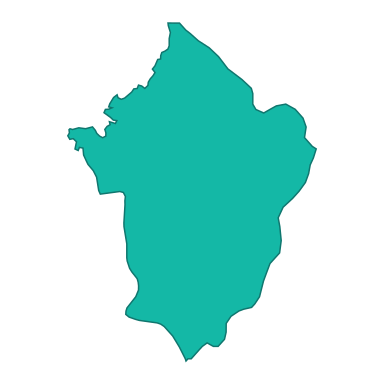 Yonsa, Hamgyŏng-bukto, North Korea (orthographic projection)
{"feature_id": "82179303B76324542059269", "entity_name": "Yonsa", "entity_type": "district", "adm_level": 2, "iso_a3": "PRK", "parent_name": "North Korea", "parent_adm1": "Hamgyŏng-bukto", "projection": "orthographic", "projection_center": [129.014, 41.829], "detail": "fine", "context": "isolated", "style": "filled", "palette": "teal", "viewbox_px": 384, "rotation_deg": 0, "n_neighbors": 0, "source": "geoboundaries", "source_scale": "gbopen_adm2", "svg_char_len": 1951}
<svg xmlns="http://www.w3.org/2000/svg" viewBox="0 0 384 384"><path d="M316.2,148.9L312.3,146.4L304.5,137.6L306.1,127.0L303.0,118.1L295.2,109.3L285.8,104.1L276.3,105.9L270.0,109.4L263.7,113.0L255.9,109.5L252.8,104.2L252.8,93.6L251.3,88.3L241.9,79.5L227.9,68.9L218.5,56.6L209.2,47.8L198.2,40.7L190.4,33.7L185.8,30.1L179.5,23.1L174.8,23.1L168.0,23.0L168.3,25.7L170.4,32.5L169.2,38.6L169.2,45.8L167.9,49.1L164.8,51.2L161.8,52.5L160.7,55.7L160.6,59.0L157.7,59.5L155.0,65.8L152.4,69.1L155.0,72.5L153.1,75.6L150.3,78.8L148.3,82.2L147.9,85.5L144.8,88.4L141.7,86.0L138.5,85.1L137.2,88.5L133.8,88.9L131.7,92.1L124.6,98.1L121.2,99.3L118.0,97.7L117.1,94.8L113.6,97.5L109.8,103.7L108.7,106.9L112.0,107.8L108.7,109.2L105.4,109.4L104.0,112.7L110.5,117.4L113.3,120.1L116.8,120.6L115.4,123.5L109.4,121.7L110.1,124.7L107.1,126.4L104.8,129.4L105.9,132.9L105.8,136.1L102.7,137.7L99.6,136.1L96.8,133.4L95.3,130.3L92.5,126.9L85.6,128.7L78.8,127.8L72.6,129.5L70.0,128.8L69.0,129.7L69.1,130.4L69.4,133.0L67.8,135.8L69.8,139.3L73.3,138.7L76.5,141.8L75.0,149.0L78.2,150.5L79.4,147.4L83.0,148.1L83.6,155.0L86.3,160.9L88.0,164.4L93.3,170.7L96.6,177.2L98.7,190.5L100.3,194.1L119.9,191.5L123.4,192.5L125.4,196.5L124.9,200.7L125.0,204.8L123.9,223.0L124.0,226.6L126.8,243.9L126.8,257.8L127.2,261.0L129.6,268.3L131.9,272.0L137.2,278.7L138.2,282.3L138.6,285.9L138.5,290.1L135.8,296.7L127.0,307.9L126.0,311.1L125.8,314.4L129.1,317.1L135.4,319.3L139.3,320.4L157.2,322.9L160.7,324.1L164.2,326.5L172.7,336.0L179.3,346.9L185.3,358.8L186.0,361.0L188.0,358.8L191.2,358.8L194.4,355.2L199.1,349.9L202.3,346.4L207.1,342.9L213.4,346.4L218.1,346.4L224.5,339.3L226.1,332.2L226.2,323.4L231.0,316.3L238.9,311.0L243.7,309.2L251.6,307.4L254.8,303.9L259.5,296.8L263.5,281.0L266.7,272.3L270.0,263.5L279.6,252.9L281.2,240.6L279.8,226.5L278.2,217.8L283.1,207.2L292.6,198.4L299.0,191.3L305.4,182.5L308.6,173.7L310.2,164.9L313.4,157.9L316.2,148.9Z" fill="#14b8a6" stroke="#0f766e" stroke-width="1.5"/></svg>